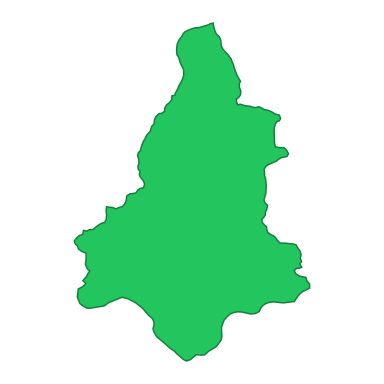 Conquista, Minas Gerais, Brazil
{"feature_id": "56859067B32516427424579", "entity_name": "Conquista", "entity_type": "district", "adm_level": 2, "iso_a3": "BRA", "parent_name": "Brazil", "parent_adm1": "Minas Gerais", "projection": "mercator", "projection_center": [-47.62, -19.86], "detail": "fine", "context": "isolated", "style": "filled", "palette": "green", "viewbox_px": 384, "rotation_deg": 0, "n_neighbors": 0, "source": "geoboundaries", "source_scale": "gbopen_adm2", "svg_char_len": 3401}
<svg xmlns="http://www.w3.org/2000/svg" viewBox="0 0 384 384"><path d="M309.7,288.0L309.5,283.9L307.0,281.1L305.8,277.3L302.4,276.8L299.0,275.9L295.9,273.8L294.2,270.8L296.3,268.4L299.1,268.2L301.7,267.4L299.7,263.7L301.6,261.6L300.3,258.2L301.1,254.7L300.1,251.2L297.8,247.9L296.0,244.8L293.0,243.9L289.9,243.8L286.4,243.2L282.6,243.1L279.8,243.0L277.1,240.0L275.3,237.2L273.2,235.6L270.5,234.4L267.7,232.4L266.8,229.5L266.5,226.7L264.4,224.9L262.2,222.3L261.9,219.2L263.9,217.3L265.3,214.9L265.4,212.3L266.7,209.5L267.6,205.4L265.0,202.9L263.9,200.1L264.8,197.1L265.9,192.9L266.1,189.2L266.2,185.9L265.9,181.4L265.4,178.2L264.5,175.5L264.5,171.8L264.1,169.3L265.9,166.3L268.6,164.4L270.8,163.6L273.7,162.3L276.3,161.2L278.3,159.5L281.2,157.7L284.5,157.1L287.0,156.4L288.5,153.8L286.5,149.9L284.0,147.7L279.9,147.7L275.4,146.8L274.4,142.6L274.4,137.2L274.2,133.9L274.1,129.2L274.6,126.4L275.5,123.8L276.9,121.6L279.4,120.8L280.6,118.5L279.3,115.1L275.0,114.0L272.1,112.1L268.3,110.4L264.2,109.6L261.6,108.0L258.9,106.7L255.7,107.6L252.6,107.2L250.1,106.2L247.1,106.0L243.6,105.3L240.3,104.2L237.7,105.0L236.7,102.2L236.2,99.4L238.6,97.6L240.5,94.8L240.8,91.2L239.4,87.3L239.3,83.7L240.5,81.3L238.9,78.7L237.1,75.3L235.5,71.4L234.3,68.1L233.2,64.1L231.9,61.3L231.1,58.9L229.4,56.7L227.3,54.0L224.6,51.1L222.4,48.4L221.2,45.5L220.8,40.3L219.2,36.7L216.2,33.8L214.9,30.8L214.0,27.7L213.1,23.0L210.6,23.6L207.8,25.0L204.8,25.9L202.4,26.6L199.0,27.6L195.3,27.8L191.7,28.8L187.7,30.5L184.7,32.0L183.0,34.0L181.8,36.5L179.3,39.5L177.3,43.8L176.7,47.9L176.6,51.7L177.0,54.9L178.6,56.9L179.3,59.5L180.1,62.4L181.6,65.7L183.6,69.5L183.7,75.3L182.7,78.8L181.1,81.9L179.0,85.7L177.6,89.2L175.6,92.6L174.8,95.2L171.9,95.9L171.6,100.0L169.1,103.0L166.7,104.7L164.8,108.0L164.5,111.4L161.9,113.2L159.0,113.7L156.2,116.2L154.6,119.2L153.9,124.2L151.8,126.2L151.0,128.7L150.0,131.7L146.7,135.1L145.1,138.6L143.3,141.5L142.0,144.8L141.0,148.0L140.5,150.7L138.4,152.5L137.6,155.5L138.7,159.4L139.0,163.2L137.9,166.3L138.3,169.5L140.1,171.2L139.3,174.8L140.7,177.7L143.4,180.7L144.6,184.2L143.5,187.7L140.4,188.4L137.8,190.1L136.0,192.9L132.7,193.6L129.7,193.9L126.8,195.9L126.0,201.1L124.4,204.5L122.3,206.6L119.1,207.5L116.0,208.8L112.3,207.5L109.5,207.2L106.5,206.8L106.1,211.1L106.6,214.7L106.2,219.5L104.6,222.5L102.1,223.1L99.9,224.2L97.8,225.6L95.4,227.4L93.1,229.5L89.4,229.6L86.8,231.1L83.4,230.4L82.8,234.4L79.2,235.6L76.5,238.2L74.3,241.0L75.4,244.1L77.5,245.8L78.4,249.0L81.9,251.5L86.1,253.2L86.1,256.4L86.0,260.2L85.4,264.1L86.5,267.1L87.7,269.2L89.7,271.0L87.8,273.8L86.6,276.3L84.9,278.4L82.9,280.7L85.8,283.3L84.2,285.3L81.6,287.3L78.2,289.0L77.9,292.2L77.3,297.1L78.8,300.7L80.0,303.6L82.0,305.3L86.7,308.1L90.2,308.2L104.3,305.9L108.6,302.7L121.7,297.4L125.4,298.0L128.8,299.1L136.0,303.0L142.5,308.2L148.5,315.2L152.5,318.7L154.1,322.4L153.8,325.6L153.0,328.9L153.8,331.6L156.4,336.4L166.1,344.6L169.9,348.2L174.3,351.0L176.5,353.5L183.2,359.3L186.5,361.0L190.4,359.6L196.3,354.7L201.4,355.1L204.7,354.8L209.1,350.9L212.5,348.9L216.5,346.4L221.0,340.2L221.9,336.4L221.5,329.8L221.6,326.8L222.9,323.3L224.2,320.0L227.6,316.2L230.2,314.0L233.1,312.7L237.1,311.8L241.8,312.0L250.6,314.0L255.4,313.5L259.3,311.4L260.7,308.2L262.6,305.7L266.0,303.4L269.6,302.3L274.1,301.9L283.3,302.9L294.3,301.5L298.3,295.6L300.5,293.3L302.7,291.6L309.7,288.0Z" fill="#22c55e" stroke="#15803d" stroke-width="1.5"/></svg>